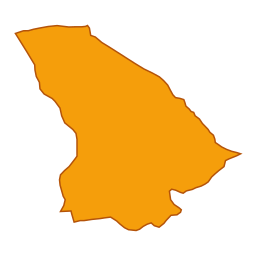 the district of Torsby, Värmland, Sweden
{"feature_id": "70781695B46628667043921", "entity_name": "Torsby", "entity_type": "district", "adm_level": 2, "iso_a3": "SWE", "parent_name": "Sweden", "parent_adm1": "Värmland", "projection": "robinson", "projection_center": [12.95, 60.548], "detail": "fine", "context": "isolated", "style": "filled", "palette": "amber", "viewbox_px": 256, "rotation_deg": 0, "n_neighbors": 0, "source": "geoboundaries", "source_scale": "gbopen_adm2", "svg_char_len": 1551}
<svg xmlns="http://www.w3.org/2000/svg" viewBox="0 0 256 256"><path d="M87.5,25.5L85.5,26.4L81.6,26.8L75.8,26.8L68.8,27.0L61.2,26.1L57.1,25.6L48.2,26.5L39.3,28.1L33.4,29.3L28.4,30.7L23.4,30.8L15.4,33.4L26.6,51.4L31.0,58.7L34.7,64.8L35.0,70.1L36.3,76.5L39.4,82.3L40.0,88.9L44.1,94.0L52.2,98.5L55.0,101.3L60.0,108.1L61.7,115.8L64.8,122.9L72.9,129.5L76.0,133.4L77.0,139.4L77.0,147.2L77.0,156.2L74.6,159.5L69.1,166.6L64.6,170.5L60.5,174.8L59.5,179.8L60.1,185.2L63.2,196.2L65.2,199.7L63.8,205.5L60.5,211.5L71.0,211.0L71.7,213.8L74.1,222.1L74.6,222.0L80.1,220.6L84.0,220.6L92.0,219.4L99.9,218.6L104.3,217.9L110.6,217.1L116.6,220.9L119.8,223.9L124.5,227.7L128.5,229.7L136.1,230.5L139.6,229.2L143.2,226.4L147.2,224.2L151.2,222.9L154.3,225.7L159.1,227.2L163.9,223.4L166.2,220.4L171.0,215.3L177.0,214.8L179.3,213.1L180.5,212.3L181.3,209.8L179.3,208.0L174.1,204.5L170.6,199.7L169.4,191.2L171.7,189.2L175.7,190.2L180.5,192.4L183.2,193.2L186.4,190.9L192.4,189.4L195.9,187.7L201.1,186.1L205.0,184.1L208.2,181.9L211.7,176.9L215.3,173.6L218.8,170.6L224.0,166.6L225.5,160.6L229.1,158.8L236.6,155.8L240.6,153.8L236.9,152.6L231.7,151.3L226.6,149.4L221.8,147.0L215.3,142.5L214.8,139.1L213.4,135.2L209.9,132.3L208.0,129.3L202.4,123.5L199.4,119.0L195.1,115.8L193.7,112.4L191.1,111.5L189.2,109.0L185.9,106.1L184.9,102.6L183.8,99.6L180.0,98.4L175.5,97.6L172.8,94.7L170.4,90.3L167.7,85.1L163.6,80.6L159.4,76.9L152.1,72.9L143.8,68.9L134.5,63.2L124.8,57.0L111.2,48.3L101.8,42.5L95.3,37.0L90.7,35.4L89.4,28.1L87.5,25.5Z" fill="#f59e0b" stroke="#b45309" stroke-width="1.5"/></svg>